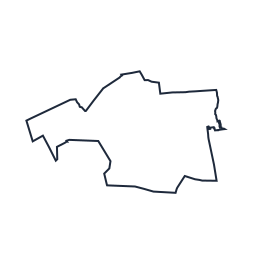 outline of Alpoyeca, Guerrero, Mexico, rotated 106°
{"feature_id": "50627088B63024463665559", "entity_name": "Alpoyeca", "entity_type": "district", "adm_level": 2, "iso_a3": "MEX", "parent_name": "Mexico", "parent_adm1": "Guerrero", "projection": "natural_earth1", "projection_center": [-98.525, 17.633], "detail": "fine", "context": "isolated", "style": "outline", "palette": "slate", "viewbox_px": 256, "rotation_deg": 106, "n_neighbors": 0, "source": "geoboundaries", "source_scale": "gbopen_adm2", "svg_char_len": 1930}
<svg xmlns="http://www.w3.org/2000/svg" viewBox="0 0 256 256"><g transform="rotate(106 128 128)"><path d="M177.2,64.4L173.4,64.4L171.8,64.2L158.5,60.2L158.8,49.4L158.2,44.9L158.1,42.2L154.3,28.3L139.6,35.2L116.2,47.6L115.9,47.7L114.6,48.3L111.8,49.3L105.7,51.9L105.1,52.1L104.5,51.2L105.3,50.9L105.0,50.2L105.8,49.8L106.5,49.5L106.2,48.8L105.1,49.3L104.8,48.6L104.8,48.4L104.4,47.6L104.1,46.9L103.8,46.3L103.6,45.8L104.6,45.2L104.4,44.8L105.1,44.4L105.7,44.1L106.3,43.7L105.9,42.6L105.4,41.5L105.5,41.4L105.2,40.5L104.9,40.4L104.5,39.6L102.8,35.8L102.4,34.8L102.2,35.6L102.6,37.9L102.5,38.0L102.2,38.1L102.0,38.3L101.6,38.5L102.2,39.8L101.1,40.5L100.8,39.9L100.0,40.4L99.6,39.7L98.9,40.0L98.1,40.5L98.6,41.6L98.3,41.8L98.0,41.9L97.8,42.0L97.4,42.2L97.0,41.2L95.8,41.8L95.7,42.1L97.0,43.8L95.7,44.4L94.5,45.5L93.7,45.9L92.6,46.3L91.5,46.9L91.1,47.2L90.8,47.8L90.5,48.1L90.0,48.1L89.0,48.4L88.4,48.6L87.7,49.0L85.6,48.9L84.8,48.6L84.3,48.1L83.3,48.0L82.5,48.1L81.8,48.2L81.0,48.4L79.9,48.5L78.9,48.5L77.7,48.7L76.4,48.9L75.5,49.3L74.1,50.1L73.4,50.4L72.8,51.0L72.0,51.4L69.6,52.2L67.9,53.2L67.1,53.7L71.8,66.8L74.2,73.4L76.2,79.2L77.5,82.1L77.8,82.8L81.6,95.2L86.1,106.4L75.9,110.8L77.0,118.1L76.4,121.9L77.4,125.2L73.1,129.4L70.3,132.4L73.9,139.3L78.5,149.1L79.2,148.3L79.6,148.7L80.2,149.2L80.9,149.6L81.7,149.9L96.9,162.9L97.1,162.9L111.4,168.7L123.2,173.2L123.4,173.6L123.5,173.9L122.2,176.0L120.8,178.2L120.8,178.5L120.9,179.1L121.0,179.8L120.9,180.2L120.7,180.4L120.2,180.6L119.2,181.3L118.8,181.5L117.3,184.0L116.2,185.0L114.8,186.2L116.8,191.3L145.9,224.4L146.1,224.6L148.9,227.7L167.1,215.9L158.8,207.7L168.0,198.8L179.3,188.4L177.5,187.4L165.7,191.1L160.5,185.5L158.8,183.8L157.8,183.5L157.8,183.0L157.3,183.5L157.2,183.6L155.6,181.2L148.7,153.0L164.7,135.7L172.0,134.8L178.4,138.3L187.8,133.0L188.9,132.3L182.7,106.8L182.3,105.1L182.1,95.9L182.1,86.0L177.2,64.4Z" fill="none" stroke="#1e293b" stroke-width="2"/></g></svg>